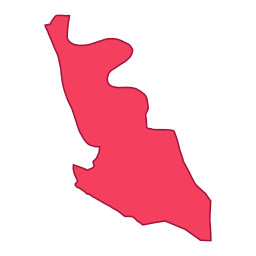 Huyen Hong Ngu, Ðong Tháp, Vietnam (Natural Earth projection), rotated 180°
{"feature_id": "81297802B50587214410487", "entity_name": "Huyen Hong Ngu", "entity_type": "district", "adm_level": 2, "iso_a3": "VNM", "parent_name": "Vietnam", "parent_adm1": "Ðong Tháp", "projection": "natural_earth1", "projection_center": [105.298, 10.803], "detail": "fine", "context": "isolated", "style": "filled", "palette": "rose", "viewbox_px": 256, "rotation_deg": 180, "n_neighbors": 0, "source": "geoboundaries", "source_scale": "gbopen_adm2", "svg_char_len": 4570}
<svg xmlns="http://www.w3.org/2000/svg" viewBox="0 0 256 256"><g transform="rotate(180 128 128)"><path d="M179.0,68.9L177.4,68.2L175.7,67.5L174.3,66.3L172.7,65.3L171.1,64.1L169.8,62.8L169.0,62.1L168.2,61.9L166.5,61.7L165.1,60.6L163.8,59.6L162.7,59.0L160.7,58.0L158.7,56.8L157.5,56.2L155.7,55.1L153.9,54.1L152.4,53.1L149.9,51.8L149.0,51.3L147.3,50.5L145.3,49.3L145.2,49.2L143.9,48.3L142.6,47.5L140.4,46.4L138.5,45.2L136.5,43.9L135.0,42.7L133.5,41.5L133.0,41.0L132.1,40.3L131.3,39.8L130.7,39.6L130.1,39.5L128.9,39.6L128.1,39.6L127.0,39.6L124.7,39.4L123.9,39.3L123.1,39.0L122.5,38.6L121.6,38.0L120.8,37.2L120.0,36.3L119.5,35.7L118.3,34.7L117.1,34.0L116.1,33.4L115.1,32.7L114.3,31.9L113.4,31.2L113.1,31.2L112.0,31.3L110.8,31.6L109.1,31.9L108.4,32.0L107.3,32.2L106.2,32.4L104.9,32.7L104.3,32.8L102.2,33.2L101.9,33.3L91.1,35.0L90.4,34.8L70.9,26.7L55.6,15.8L53.0,15.6L45.0,15.4L45.1,16.6L45.2,19.5L45.2,20.5L45.3,23.3L45.4,24.5L45.5,27.0L45.6,28.4L45.7,30.5L45.8,32.0L46.1,34.2L46.2,36.0L46.1,38.8L46.1,40.1L45.9,43.6L45.7,46.9L45.5,50.6L45.3,54.1L45.3,55.0L47.5,58.1L49.3,60.7L50.0,61.7L50.5,62.5L53.5,65.1L55.6,67.0L56.8,68.1L57.4,68.6L59.3,70.5L61.1,72.6L62.1,74.5L63.4,76.9L65.1,80.2L65.4,80.9L66.5,83.3L67.0,84.0L68.3,86.6L69.2,88.1L70.7,91.1L71.2,91.9L73.1,95.5L73.0,96.7L75.3,103.3L75.5,103.8L76.6,107.6L78.4,114.7L79.6,118.6L81.1,122.8L81.7,124.2L82.1,124.9L83.1,125.5L85.4,125.9L88.4,126.1L90.3,126.3L91.9,126.3L96.1,126.3L101.0,126.4L103.5,126.6L104.8,127.2L105.0,127.2L105.3,127.2L106.0,127.2L106.4,127.4L107.5,127.5L107.9,127.7L108.6,128.0L108.8,128.0L109.2,128.4L109.4,129.2L109.4,131.4L109.6,133.8L109.6,134.9L109.8,136.1L109.8,137.0L110.3,139.9L110.3,140.9L110.1,142.4L109.1,144.3L108.3,146.0L107.8,147.4L107.8,149.0L108.5,153.5L109.0,157.0L110.0,159.6L110.9,160.9L112.0,162.0L113.5,163.1L114.5,163.9L115.7,164.8L116.5,165.3L117.4,165.8L119.8,167.2L121.5,167.7L125.0,168.4L129.0,168.6L133.2,168.5L137.3,168.4L140.8,168.8L143.8,169.5L145.4,170.4L147.1,171.9L147.9,173.1L148.4,174.7L148.6,176.4L148.7,177.7L148.2,179.9L147.6,181.8L146.6,183.6L144.6,185.7L144.4,185.8L142.8,186.8L140.4,188.3L135.4,191.7L131.8,193.8L129.7,195.4L126.4,198.5L124.7,201.0L123.8,203.3L123.4,205.4L123.4,206.5L124.3,208.1L126.0,210.5L127.5,211.8L129.6,212.8L133.6,214.8L137.5,216.4L140.0,217.0L142.4,217.3L143.9,217.3L145.7,217.3L147.2,217.3L149.9,216.9L152.4,216.1L156.0,214.9L156.3,214.9L161.2,213.2L164.4,212.1L167.5,211.3L171.1,210.7L176.8,210.6L180.3,211.2L182.2,211.6L186.0,213.8L187.3,215.3L188.2,216.6L188.8,218.2L188.8,220.7L188.4,226.1L188.1,229.5L187.9,232.1L187.5,234.2L187.0,237.1L186.5,240.4L187.2,240.4L188.4,240.4L189.9,240.2L191.8,240.4L194.4,240.6L198.6,240.6L199.1,240.6L199.6,240.4L200.1,240.2L200.9,239.5L201.6,238.6L202.7,237.2L203.2,236.3L203.8,235.6L204.6,234.4L205.1,233.5L205.2,233.0L205.3,232.8L205.5,232.1L205.7,231.8L206.5,231.8L207.4,231.6L207.8,231.4L208.3,231.3L208.9,231.2L210.0,231.0L210.4,231.0L211.0,230.8L211.0,230.7L210.4,229.1L209.4,226.8L208.4,224.9L207.1,221.3L207.0,221.2L206.8,220.7L203.3,212.6L201.2,207.2L198.8,202.2L197.5,198.3L196.7,194.2L195.3,187.5L194.8,183.5L194.8,181.4L194.7,181.3L194.4,179.5L194.0,176.6L193.8,174.9L193.7,174.1L192.5,168.6L191.6,165.3L189.6,159.5L188.7,157.0L187.5,154.3L186.8,152.9L186.0,151.2L184.2,147.5L182.3,142.1L179.1,132.1L177.9,128.3L177.7,127.7L176.3,124.2L175.8,123.3L173.6,119.3L172.3,117.0L170.9,115.1L169.5,113.5L167.6,111.8L166.4,111.2L165.8,110.8L163.2,110.1L160.4,109.3L158.8,109.3L157.6,109.3L156.5,109.3L156.3,109.3L156.9,104.1L157.0,103.9L157.3,102.8L157.9,101.6L158.3,100.7L158.8,99.5L159.1,98.7L159.5,97.8L159.9,97.4L160.4,97.0L160.7,96.6L160.8,96.5L161.0,96.3L161.1,96.1L161.3,95.9L161.9,95.6L162.1,95.4L162.5,95.1L162.6,94.9L162.8,94.7L162.8,94.3L162.9,94.1L162.9,93.8L162.9,93.5L162.9,93.3L162.8,93.0L162.7,92.6L162.6,92.4L162.3,91.8L162.2,91.5L162.0,91.0L161.9,90.7L161.9,90.4L161.9,90.1L162.0,89.9L162.1,89.7L162.4,89.4L162.6,89.0L162.7,88.8L163.0,88.5L163.2,88.3L163.5,88.1L163.9,87.9L164.3,87.7L164.6,87.6L165.2,87.3L165.6,87.1L166.1,87.0L166.8,86.7L167.1,86.5L167.5,86.4L167.8,86.2L168.0,86.0L168.2,85.8L168.6,85.9L169.9,86.5L170.7,86.9L171.2,87.0L173.1,87.8L175.1,88.6L175.6,88.7L177.9,89.5L180.4,90.4L180.9,90.6L181.6,90.9L182.0,91.0L182.6,91.2L182.7,88.6L182.8,87.6L182.7,87.3L182.7,86.6L182.5,85.9L182.2,84.6L182.0,84.0L181.8,82.7L181.4,81.5L180.9,80.4L179.7,77.8L178.8,76.0L178.6,75.5L178.6,74.7L179.0,73.9L179.8,73.1L180.6,72.3L180.8,71.9L180.8,71.6L180.8,71.3L180.7,70.9L180.6,70.5L179.9,69.8L179.2,69.1L179.0,68.9Z" fill="#f43f5e" stroke="#9f1239" stroke-width="1.5"/></g></svg>